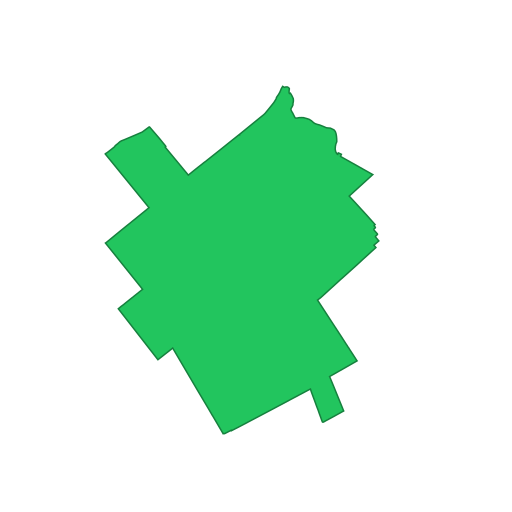 the district of Amara, Ialomita, Romania, rotated 230°
{"feature_id": "2599482B39510423223989", "entity_name": "Amara", "entity_type": "district", "adm_level": 2, "iso_a3": "ROU", "parent_name": "Romania", "parent_adm1": "Ialomita", "projection": "orthographic", "projection_center": [27.315, 44.645], "detail": "fine", "context": "isolated", "style": "filled", "palette": "green", "viewbox_px": 512, "rotation_deg": 230, "n_neighbors": 0, "source": "geoboundaries", "source_scale": "gbopen_adm2", "svg_char_len": 3508}
<svg xmlns="http://www.w3.org/2000/svg" viewBox="0 0 512 512"><g transform="rotate(230 256 256)"><path d="M243.3,397.8L277.5,384.9L278.0,384.8L278.3,385.4L279.0,386.8L281.6,385.6L282.1,385.3L281.3,383.9L281.5,383.8L282.1,383.7L282.8,383.7L284.2,384.0L285.1,384.3L285.9,384.8L286.7,385.2L287.3,385.7L287.9,386.2L288.3,386.7L288.8,387.1L289.6,388.1L290.4,389.1L290.8,389.7L291.1,390.4L291.5,391.1L291.8,391.5L292.2,391.8L292.8,392.3L294.1,393.3L296.1,394.7L296.8,395.1L297.5,395.5L298.4,396.0L299.0,396.2L299.6,396.5L299.9,396.6L300.8,396.8L302.0,396.8L302.6,396.8L302.9,396.7L303.2,396.5L303.4,396.4L303.6,396.3L303.9,396.2L304.2,396.0L304.6,395.9L305.0,395.7L306.1,395.2L306.4,394.9L307.5,393.8L308.6,392.7L309.1,392.3L312.1,390.8L314.7,389.4L315.7,388.8L317.8,387.3L319.4,386.4L320.1,386.1L321.9,385.7L324.1,385.4L324.8,385.1L325.6,384.9L326.5,384.6L328.6,383.3L331.6,381.2L332.9,379.7L334.2,378.1L335.0,376.6L335.4,376.0L335.9,375.3L336.4,374.9L336.8,374.8L339.4,375.4L341.9,376.0L343.9,376.3L345.5,376.8L346.0,377.1L346.4,377.6L347.2,379.7L347.8,381.1L348.2,381.6L349.2,382.5L350.3,383.9L351.4,384.9L352.6,385.7L354.0,386.1L355.5,386.5L357.1,386.8L358.7,387.0L358.9,386.1L359.6,386.2L360.2,386.6L361.4,387.7L361.9,388.2L362.4,388.8L362.9,389.2L363.5,389.2L364.3,389.1L365.3,388.7L365.8,388.2L366.6,387.1L366.8,386.6L367.0,386.1L368.8,385.5L368.0,383.1L367.0,381.2L366.0,379.2L365.7,378.2L365.3,377.3L365.0,376.1L364.7,375.0L364.5,374.3L364.3,373.6L363.5,372.6L362.8,370.5L362.1,368.4L360.7,361.4L359.4,354.5L359.3,352.6L359.4,348.3L359.7,327.6L359.8,321.7L359.7,321.6L359.8,321.6L360.1,309.9L360.3,300.1L360.9,277.6L361.0,276.9L361.3,266.5L361.5,256.1L363.8,256.2L366.1,256.2L381.9,256.3L397.7,256.4L397.8,257.2L397.9,257.4L400.2,257.5L402.7,257.5L408.3,257.6L423.2,257.4L423.4,257.3L423.5,257.1L423.6,256.9L423.6,256.6L424.1,248.5L426.6,240.1L429.6,230.3L430.2,228.5L430.8,226.7L430.9,226.1L431.0,225.6L431.0,225.1L431.0,223.7L430.9,222.2L431.0,220.9L431.0,219.1L430.8,218.4L430.6,217.9L430.7,213.1L430.9,208.2L431.1,207.1L431.1,206.1L362.5,205.1L361.8,205.1L361.9,196.8L362.4,168.5L362.6,149.7L362.7,149.0L303.4,147.7L303.9,125.8L303.9,123.7L304.0,121.7L304.1,120.4L304.1,116.6L239.6,114.2L239.4,120.1L239.0,133.0L189.7,124.7L168.8,121.3L162.0,120.1L161.0,120.0L141.0,116.6L141.0,116.8L141.0,117.0L140.8,117.2L140.4,117.4L140.1,117.7L139.6,119.9L139.2,121.6L138.5,124.9L138.0,124.7L136.3,132.0L128.1,170.0L123.5,191.8L119.3,211.5L119.1,212.2L117.2,211.4L115.9,210.9L112.6,209.7L107.5,207.9L101.8,205.8L97.7,204.4L94.6,203.2L91.0,201.9L88.9,201.1L86.6,200.3L86.2,200.2L85.7,200.4L85.4,201.0L85.3,201.4L84.9,203.7L84.4,206.0L83.1,212.4L83.0,212.8L82.5,215.5L81.8,219.0L81.7,219.4L81.3,221.8L81.1,222.4L81.0,223.2L80.9,223.4L80.9,223.6L81.5,223.7L83.8,224.5L100.3,229.8L108.4,232.4L116.4,234.9L114.8,243.4L110.7,266.0L110.8,266.0L117.8,266.9L124.5,267.7L125.6,267.9L126.5,268.0L127.2,268.0L128.4,268.2L129.0,268.3L130.2,268.4L132.6,268.7L141.2,269.8L141.4,269.8L158.1,271.8L181.1,274.6L182.7,274.8L182.5,278.7L183.6,305.6L183.7,309.7L184.4,329.6L184.7,335.4L185.4,353.3L188.5,353.3L188.6,359.8L193.9,359.8L194.1,359.9L194.3,360.2L194.3,361.4L194.4,362.7L194.5,363.0L194.8,363.2L199.9,363.1L200.3,363.2L200.6,363.4L200.7,363.5L200.8,363.7L200.9,364.0L200.9,364.7L200.9,365.5L201.0,365.6L201.1,365.8L201.3,365.9L202.2,365.9L203.2,365.9L203.4,366.0L203.5,366.2L203.5,367.4L214.6,367.1L228.7,366.5L239.5,366.0L242.0,365.9L243.3,397.7L243.3,397.8Z" fill="#22c55e" stroke="#15803d" stroke-width="1.5"/></g></svg>